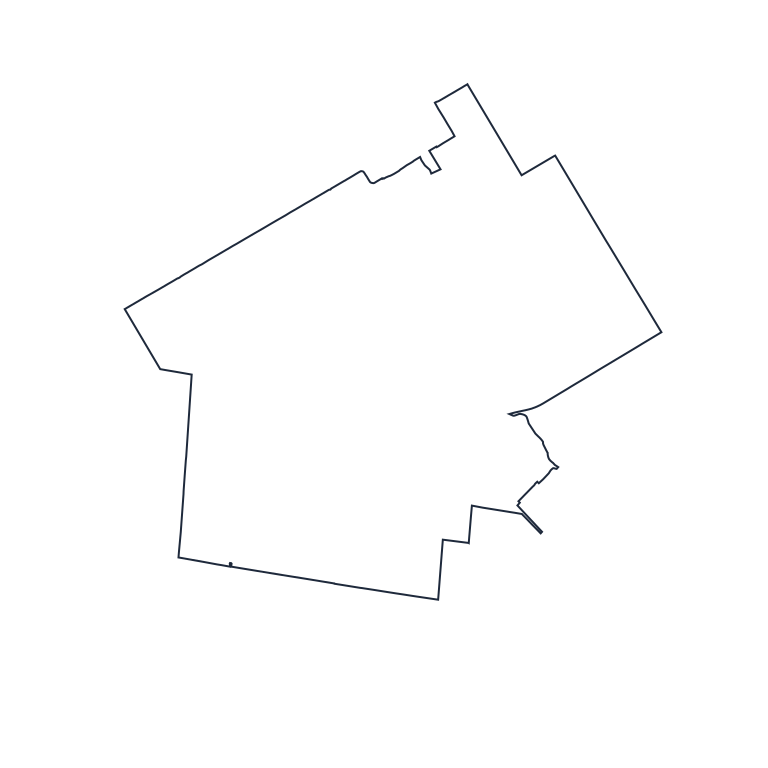 the district of Scanteia, Ialomita, Romania, rotated 238°
{"feature_id": "2599482B4025904881025", "entity_name": "Scanteia", "entity_type": "district", "adm_level": 2, "iso_a3": "ROU", "parent_name": "Romania", "parent_adm1": "Ialomita", "projection": "natural_earth1", "projection_center": [27.447, 44.74], "detail": "fine", "context": "isolated", "style": "outline", "palette": "slate", "viewbox_px": 768, "rotation_deg": 238, "n_neighbors": 0, "source": "geoboundaries", "source_scale": "gbopen_adm2", "svg_char_len": 4534}
<svg xmlns="http://www.w3.org/2000/svg" viewBox="0 0 768 768"><g transform="rotate(238 384 384)"><path d="M487.0,650.2L487.1,649.4L487.2,646.0L488.1,611.3L559.0,612.8L592.8,613.5L594.0,613.6L594.0,613.2L594.0,612.4L594.0,611.7L594.1,610.4L594.1,607.4L594.3,601.2L594.3,600.6L594.6,591.2L594.6,590.3L594.9,580.8L595.1,579.3L595.5,577.9L595.6,576.7L595.6,576.2L588.3,575.8L578.2,575.8L571.1,575.6L562.7,575.5L556.7,575.1L556.7,574.3L556.9,561.5L556.8,556.2L556.9,554.2L557.6,554.2L557.8,546.0L536.1,545.7L537.4,535.6L540.3,536.2L541.6,536.3L547.7,534.5L554.0,534.3L557.4,534.9L557.5,529.8L557.5,527.4L557.3,526.4L557.3,523.3L557.5,519.3L557.4,517.7L557.2,514.1L557.2,512.1L557.1,511.0L556.8,509.7L556.9,503.8L557.1,501.3L557.3,499.5L557.7,498.1L557.8,497.5L558.2,494.8L558.2,492.8L558.4,492.5L558.8,492.4L558.9,491.2L559.5,491.2L559.5,490.1L559.6,485.5L559.6,482.6L559.8,481.7L560.3,481.0L560.8,480.4L561.4,479.9L561.9,479.5L562.8,479.2L563.6,479.2L566.1,479.2L568.8,479.3L570.7,479.2L573.1,479.2L574.6,479.1L575.4,478.8L576.0,478.2L576.4,477.7L576.7,477.3L576.8,476.7L576.9,475.5L577.0,471.5L577.0,468.5L577.1,463.8L577.2,461.2L577.2,458.8L577.3,458.0L577.7,443.6L577.7,442.6L577.4,442.1L577.3,441.7L577.3,441.4L577.6,441.0L577.8,440.4L577.9,439.7L577.9,438.7L578.2,427.9L578.5,417.4L578.7,412.8L578.8,407.1L579.0,400.3L579.2,395.5L579.2,390.5L579.6,379.9L579.8,373.7L580.0,365.4L580.4,353.8L580.7,344.1L581.0,332.9L581.2,329.1L581.5,317.1L581.9,303.8L582.0,300.8L582.0,295.2L582.0,293.2L582.1,292.1L582.3,290.3L582.4,287.4L582.4,285.7L582.5,281.7L582.6,278.5L582.6,276.3L582.7,275.0L582.8,272.3L582.8,270.8L582.8,269.1L582.8,268.2L582.6,267.5L582.6,267.1L582.6,266.7L582.7,266.0L582.7,265.6L583.0,264.9L583.0,264.4L583.1,259.1L583.2,256.3L583.3,253.9L583.6,242.5L583.7,240.3L584.1,231.2L584.2,229.4L584.9,203.8L515.2,202.1L511.5,206.2L502.8,216.0L493.9,225.9L427.1,177.7L424.3,175.5L412.7,167.0L399.5,157.4L396.7,155.5L386.3,147.9L366.0,133.1L350.5,121.3L345.8,117.8L344.0,119.8L328.1,137.4L319.4,146.9L316.7,150.0L310.8,156.5L310.7,156.6L310.9,156.7L312.4,157.6L313.4,158.0L313.8,158.6L313.0,159.5L312.3,159.5L311.8,159.0L311.2,158.5L310.7,158.0L310.1,157.6L308.8,159.1L305.0,163.4L293.3,176.7L293.2,176.8L275.9,196.5L259.0,215.9L258.9,216.0L241.5,235.8L241.4,235.9L241.2,236.2L241.0,236.3L240.8,236.2L238.1,239.3L237.6,239.9L230.7,247.8L223.8,255.7L222.6,257.2L214.6,266.5L206.5,275.8L200.0,283.3L194.8,289.4L189.6,295.4L187.2,298.2L179.8,306.9L172.4,315.6L175.2,317.7L190.1,328.7L220.8,351.4L204.4,371.5L204.2,371.6L207.6,374.1L225.4,387.4L234.3,394.1L226.9,402.1L220.8,409.1L209.8,421.7L208.3,423.4L205.8,426.3L201.0,431.7L200.6,432.1L199.3,432.3L193.9,433.5L185.7,435.2L179.0,436.7L174.3,437.7L174.4,438.1L174.5,438.3L174.6,438.5L174.8,439.4L174.9,439.7L178.3,439.0L192.6,436.2L210.3,432.8L211.4,436.3L213.3,435.9L215.7,445.7L216.0,447.0L218.1,455.5L218.4,457.2L218.8,458.4L219.1,458.8L219.4,459.6L219.9,462.2L219.4,462.3L217.8,462.7L218.9,468.5L219.5,470.8L221.0,476.5L221.8,478.1L222.4,479.4L222.8,480.9L223.0,482.8L222.8,483.1L222.7,483.3L222.2,483.8L221.6,484.3L220.6,485.3L220.6,485.9L220.8,486.3L221.2,487.7L225.1,485.9L225.6,485.9L227.1,485.6L227.4,485.6L228.6,485.1L229.4,484.9L230.6,484.5L231.2,484.4L231.5,484.4L231.9,484.3L232.2,484.3L232.5,484.2L233.0,484.2L233.4,484.3L233.8,484.3L234.3,484.4L234.7,484.5L235.2,484.6L235.6,484.8L236.1,484.9L236.6,485.1L237.1,485.3L237.7,485.6L238.3,485.9L238.8,486.3L239.5,486.3L240.1,486.3L240.8,486.4L241.5,486.4L242.5,486.5L243.5,486.6L245.6,486.8L247.8,487.0L248.1,487.1L249.2,487.3L249.6,487.6L250.8,488.2L252.4,488.1L253.2,488.0L253.8,487.9L254.7,487.8L255.3,487.6L256.1,487.5L257.5,487.1L261.7,486.1L266.2,486.0L270.0,485.9L273.8,485.8L276.2,486.5L278.5,487.1L280.4,487.5L281.3,487.5L282.3,487.1L282.7,487.0L283.8,486.3L285.0,485.3L286.4,483.8L287.0,482.7L287.3,481.1L287.6,479.5L288.0,477.9L288.6,476.8L290.3,475.6L292.1,474.4L291.4,476.8L291.0,478.2L290.4,480.1L289.3,483.2L288.5,485.4L288.1,486.6L287.5,488.2L286.9,489.8L286.6,490.7L286.0,492.5L285.7,493.4L285.1,495.5L284.9,496.0L284.5,498.0L284.1,499.8L283.9,501.1L283.7,502.3L283.6,503.5L283.4,504.8L283.3,506.7L283.2,508.5L283.1,514.5L282.9,525.8L282.9,526.5L282.7,537.1L282.7,540.8L282.6,546.8L282.3,561.9L282.2,570.4L282.2,571.9L282.1,578.5L282.0,582.9L281.8,594.0L281.3,621.6L281.3,623.8L280.9,646.7L287.9,646.8L295.1,646.9L312.0,647.2L331.7,647.4L354.8,647.8L383.4,648.2L384.3,648.2L387.1,648.2L413.7,648.7L422.2,648.9L471.7,649.9L486.8,650.2L487.0,650.2Z" fill="none" stroke="#1e293b" stroke-width="2"/></g></svg>